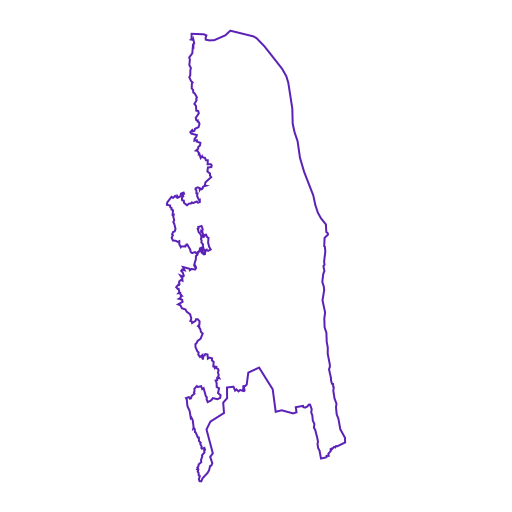 the district of Bandarban, Chittagong, Bangladesh
{"feature_id": "16705992B23463827258150", "entity_name": "Bandarban", "entity_type": "district", "adm_level": 2, "iso_a3": "BGD", "parent_name": "Bangladesh", "parent_adm1": "Chittagong", "projection": "equal_earth", "projection_center": [92.198, 21.77], "detail": "fine", "context": "isolated", "style": "outline", "palette": "violet", "viewbox_px": 512, "rotation_deg": 0, "n_neighbors": 0, "source": "geoboundaries", "source_scale": "gbopen_adm2", "svg_char_len": 6087}
<svg xmlns="http://www.w3.org/2000/svg" viewBox="0 0 512 512"><path d="M325.9,224.4L320.9,218.2L317.8,212.5L315.3,204.9L313.3,195.5L304.1,171.8L300.0,157.9L297.6,141.3L294.5,132.0L292.7,123.8L292.3,108.5L288.3,82.8L286.3,76.2L282.1,68.8L264.5,46.4L256.6,38.2L253.5,36.4L230.3,30.7L225.4,35.3L214.2,40.2L209.5,40.4L205.8,39.7L205.6,37.8L206.4,35.4L203.8,34.3L191.6,33.8L191.6,38.9L191.0,39.5L193.1,39.9L193.3,39.3L194.2,43.3L193.4,44.2L193.4,46.6L192.9,46.0L192.3,53.3L189.2,57.5L189.9,59.8L189.3,65.0L190.9,68.0L190.3,70.4L190.3,75.1L189.3,77.3L191.1,81.1L192.6,82.5L191.9,83.4L191.7,88.3L193.1,90.0L193.3,92.5L194.7,93.4L196.9,97.4L196.2,98.9L196.6,100.2L194.4,103.9L196.0,106.0L196.3,110.7L198.2,111.0L198.8,113.3L195.7,118.0L196.3,120.1L197.8,120.4L197.6,121.6L198.8,122.1L199.5,124.0L198.5,127.2L195.0,128.8L194.4,130.8L192.9,131.4L192.2,130.1L190.3,132.2L191.3,133.6L196.8,135.0L196.3,136.9L194.6,138.7L194.4,140.7L196.8,140.2L196.9,141.6L200.4,142.8L200.0,145.4L198.2,147.1L198.2,148.7L196.0,150.6L197.5,150.9L198.8,152.9L198.8,154.2L199.4,153.8L200.7,158.0L202.0,156.3L202.2,157.1L205.0,157.9L205.9,160.2L207.8,160.3L207.6,164.3L210.8,164.2L211.7,165.3L211.3,167.1L207.9,167.5L207.4,171.5L210.0,173.5L210.0,175.5L211.2,177.1L205.5,182.2L204.7,185.4L206.0,185.7L203.3,186.5L202.6,187.5L202.8,188.2L201.6,189.3L200.4,188.8L199.8,189.8L199.6,188.0L197.5,187.4L195.6,188.4L195.5,189.4L196.4,190.3L196.4,193.3L197.5,193.4L197.1,196.1L198.9,199.8L199.8,199.6L199.8,202.1L197.9,202.7L196.8,201.5L193.0,203.1L191.9,202.4L191.0,203.5L189.0,203.6L187.0,205.3L184.0,202.8L183.8,200.6L182.2,200.3L181.9,199.4L182.2,197.0L183.2,196.4L182.5,195.0L184.1,193.8L183.6,192.6L181.0,193.6L180.4,196.3L178.2,197.5L177.2,196.0L176.8,197.4L175.1,195.9L173.0,197.9L171.5,196.8L167.2,202.5L166.9,204.8L170.1,205.5L170.3,207.3L171.6,208.1L171.5,209.6L173.0,210.3L172.6,214.8L173.7,214.7L173.2,216.4L174.2,220.1L173.3,222.1L174.2,223.6L175.5,228.9L174.7,231.4L173.1,232.0L172.1,234.4L172.9,235.2L171.7,237.7L172.9,240.5L175.8,240.8L177.7,241.9L179.3,241.2L179.3,244.2L180.8,247.2L181.4,246.4L185.3,246.5L185.4,245.6L186.6,245.4L186.6,244.5L187.2,244.4L190.1,249.4L190.8,252.2L192.2,253.1L195.0,252.1L197.2,254.1L197.6,252.1L199.7,250.7L199.9,248.4L201.3,247.7L202.0,248.5L202.1,252.5L204.2,253.5L204.4,251.7L202.9,246.1L203.0,244.4L201.4,242.5L201.6,240.4L201.0,239.2L201.4,236.1L200.0,233.4L198.8,232.4L197.7,228.8L198.5,228.5L198.2,227.0L201.5,226.0L202.7,229.1L202.3,231.7L201.2,230.8L201.1,231.5L202.8,233.1L203.3,237.0L204.2,236.6L204.7,235.0L206.0,234.6L207.2,237.2L208.5,237.9L208.1,242.6L209.2,246.9L210.7,249.5L208.3,250.8L207.0,250.5L206.7,249.6L205.5,250.1L204.9,254.2L203.9,254.4L201.6,252.6L201.6,248.5L200.4,248.5L200.0,251.0L198.0,252.5L197.4,254.8L195.9,256.1L195.9,259.0L194.4,264.2L194.8,265.0L194.2,265.3L194.9,266.8L195.7,266.6L196.1,268.0L195.1,269.5L191.6,269.0L189.9,270.2L189.6,268.8L183.0,267.0L184.6,270.3L182.0,269.6L181.2,270.9L182.7,272.4L183.8,275.8L183.0,276.6L180.4,275.5L182.3,278.4L182.5,280.7L180.9,280.0L179.6,281.0L179.0,282.2L179.5,284.3L178.9,285.1L178.2,284.8L176.2,287.2L177.9,289.1L178.6,288.9L179.4,292.1L178.5,293.2L180.3,293.0L180.4,294.2L181.9,295.9L180.8,296.1L180.6,297.8L178.9,298.8L182.1,299.7L182.6,301.8L178.1,304.4L180.5,305.4L181.9,308.3L185.4,309.4L186.7,311.7L190.1,314.3L191.3,318.4L190.4,321.0L191.8,321.5L192.1,323.0L195.5,320.9L196.1,319.2L197.8,319.3L199.6,321.4L199.4,324.5L198.1,326.0L199.3,326.5L199.1,327.6L200.2,328.8L201.0,332.0L202.7,333.5L200.6,338.7L197.4,341.1L196.5,343.3L195.4,344.1L195.5,347.1L197.4,351.4L198.6,352.4L198.3,354.6L200.0,357.0L202.2,355.2L202.0,357.1L203.0,359.5L203.2,355.9L204.6,355.5L205.3,354.1L207.5,354.5L207.9,358.6L209.4,357.6L212.1,358.4L211.9,360.4L213.7,361.9L213.3,366.3L214.1,366.3L214.8,368.0L215.7,366.7L216.4,366.8L216.4,368.1L218.1,369.1L218.6,370.4L217.9,372.3L218.7,375.1L218.2,376.4L219.3,378.3L217.2,377.9L217.2,380.1L215.6,380.5L216.6,382.8L216.7,387.0L219.1,388.3L218.0,393.0L220.6,395.2L220.2,397.9L217.4,399.2L212.9,398.1L211.2,400.3L207.7,402.1L206.6,399.3L206.8,397.3L205.8,396.1L203.6,388.2L202.2,389.1L201.1,386.2L197.7,387.0L196.8,386.1L194.4,388.8L194.5,391.3L193.9,392.3L194.5,393.6L191.7,395.9L190.9,398.4L189.9,398.7L188.9,397.1L186.0,398.1L186.8,399.6L187.4,406.0L189.7,411.2L190.8,418.2L191.4,417.6L192.7,420.1L193.6,427.1L193.3,428.6L193.9,428.1L194.7,429.0L195.0,432.1L195.7,432.4L197.8,437.4L198.8,437.5L199.0,441.1L200.7,442.7L200.2,443.9L201.6,446.3L201.3,447.9L202.0,448.7L204.4,447.9L205.0,449.8L204.1,450.3L204.5,452.5L202.0,455.2L202.3,456.1L201.0,460.2L201.3,462.1L198.6,464.5L198.4,466.4L197.4,467.4L198.1,468.5L197.2,469.3L198.3,469.9L197.7,471.6L198.6,472.9L198.7,475.2L199.8,476.0L198.9,479.4L199.6,481.2L201.3,481.3L202.6,478.2L207.5,473.0L209.1,470.2L210.1,466.0L211.3,465.6L212.3,463.2L210.2,456.9L212.8,453.3L206.5,429.4L210.4,421.6L224.0,413.0L223.2,402.6L227.1,398.2L227.0,387.5L233.5,386.7L235.1,390.6L236.5,389.4L238.5,391.4L240.1,390.0L244.0,391.1L244.5,390.6L244.1,388.0L243.2,389.1L243.4,386.1L245.4,385.9L246.7,384.5L248.3,372.6L259.1,367.6L272.7,389.3L275.7,411.8L281.7,410.3L293.1,413.4L296.5,412.3L295.8,407.2L303.0,405.9L303.3,407.1L305.1,407.6L307.3,406.5L308.9,404.6L310.0,404.6L311.7,409.2L311.2,412.4L312.3,415.3L312.8,420.5L314.4,424.1L313.9,427.6L315.2,429.8L317.1,437.3L318.0,441.6L317.5,443.8L318.1,447.9L319.5,450.6L321.0,458.5L325.7,457.5L326.6,456.9L326.6,455.9L328.7,455.9L328.4,453.6L330.7,451.1L330.6,449.1L331.4,448.7L331.6,449.5L334.1,446.9L335.2,447.4L336.1,446.0L337.2,446.3L345.1,442.5L345.0,437.8L340.3,429.3L338.4,418.6L336.7,414.4L336.0,407.2L336.5,403.8L334.5,398.4L333.3,390.7L333.8,387.3L333.2,386.7L333.1,384.0L332.0,383.8L331.0,380.4L331.0,378.1L329.0,369.3L329.9,366.8L329.8,364.4L327.7,353.7L327.8,347.6L326.7,341.8L326.4,332.8L324.6,327.3L324.3,318.6L325.1,312.5L322.5,300.3L324.2,290.0L323.8,286.6L322.3,281.8L323.2,274.2L324.4,270.9L323.4,266.2L324.5,264.8L324.1,261.5L325.3,251.7L324.9,246.9L324.2,246.2L324.6,237.8L328.0,234.6L327.7,233.1L326.3,232.0L325.9,224.4Z" fill="none" stroke="#5b21b6" stroke-width="2"/></svg>